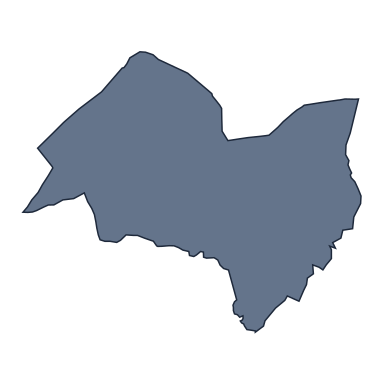 outline of Delikipos, Larnaca, Cyprus
{"feature_id": "46923920B27149964753728", "entity_name": "Delikipos", "entity_type": "district", "adm_level": 2, "iso_a3": "CYP", "parent_name": "Cyprus", "parent_adm1": "Larnaca", "projection": "robinson", "projection_center": [33.34, 34.921], "detail": "fine", "context": "isolated", "style": "filled", "palette": "slate", "viewbox_px": 384, "rotation_deg": 0, "n_neighbors": 0, "source": "geoboundaries", "source_scale": "gbopen_adm2", "svg_char_len": 1991}
<svg xmlns="http://www.w3.org/2000/svg" viewBox="0 0 384 384"><path d="M153.1,54.8L152.3,54.5L145.5,52.2L139.9,51.8L129.9,57.8L126.8,63.9L124.0,67.6L122.1,68.1L101.5,91.9L79.0,109.0L65.5,120.8L63.5,122.6L52.7,133.4L37.6,148.2L52.3,166.7L52.8,168.0L48.4,175.5L45.9,179.4L42.5,184.6L38.1,192.5L31.8,199.9L27.5,206.9L23.0,212.2L27.9,212.4L32.5,212.0L36.5,210.6L43.6,207.1L48.3,205.0L53.9,204.9L62.9,199.9L73.7,198.6L84.3,192.9L87.7,201.7L91.8,208.5L94.4,214.5L95.9,222.0L96.8,227.9L98.3,234.9L100.1,239.8L104.9,241.3L110.0,241.3L116.7,242.4L120.5,240.3L126.1,234.9L133.6,235.4L137.5,235.4L144.7,238.2L150.7,240.3L153.4,241.2L156.7,245.9L157.7,246.4L161.5,246.3L169.1,245.7L174.0,245.8L178.6,247.6L182.9,250.1L188.8,251.5L189.5,255.5L193.8,256.5L196.4,255.0L200.6,251.5L203.4,252.1L203.6,257.2L206.5,258.1L214.1,257.7L217.8,260.0L220.1,265.1L223.6,268.5L228.5,270.0L236.7,299.9L234.5,301.8L233.0,305.2L233.4,307.5L233.4,310.6L234.5,313.9L237.4,314.7L239.7,317.2L242.9,315.8L243.1,318.3L242.3,320.0L240.3,321.0L241.6,322.9L243.7,324.0L244.4,325.8L246.9,329.6L249.9,330.0L255.3,330.9L255.3,332.2L263.5,326.1L265.0,320.8L275.5,308.1L284.8,300.4L287.3,296.0L299.0,301.2L303.7,290.3L306.5,284.6L307.4,278.1L313.4,273.8L312.7,264.9L319.0,267.2L322.9,269.9L326.2,264.9L331.4,258.6L331.4,249.7L329.7,246.1L335.4,248.2L332.7,242.6L340.9,238.1L342.8,230.2L352.6,228.7L353.8,217.0L360.6,203.6L361.0,196.0L358.1,188.8L354.8,181.7L351.1,177.7L350.3,174.9L351.6,173.0L349.6,168.8L348.0,164.9L348.9,160.6L345.6,154.7L346.0,145.0L350.2,133.1L358.5,99.0L355.6,99.2L353.6,99.2L345.0,99.0L340.2,99.9L338.8,100.1L338.3,100.1L320.2,102.7L309.6,104.4L304.2,105.2L301.8,107.1L297.0,110.0L292.4,113.7L288.8,116.9L283.3,121.6L277.8,127.4L269.0,135.2L265.6,135.7L260.6,136.3L248.0,137.6L238.5,139.0L230.8,140.2L227.9,140.6L222.1,131.2L222.0,126.7L221.8,120.2L221.6,108.4L219.7,105.2L215.6,100.0L212.5,96.2L211.8,93.6L198.0,81.9L187.7,73.2L158.4,59.5L153.1,54.8Z" fill="#64748b" stroke="#1e293b" stroke-width="1.5"/></svg>